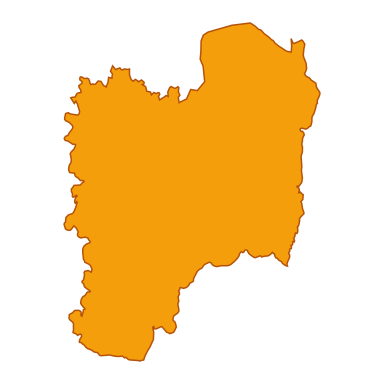 Kadiolo, Sikasso, Mali (Equal Earth projection)
{"feature_id": "8926073B46210070398927", "entity_name": "Kadiolo", "entity_type": "district", "adm_level": 2, "iso_a3": "MLI", "parent_name": "Mali", "parent_adm1": "Sikasso", "projection": "equal_earth", "projection_center": [-5.916, 10.605], "detail": "fine", "context": "isolated", "style": "filled", "palette": "amber", "viewbox_px": 384, "rotation_deg": 0, "n_neighbors": 0, "source": "geoboundaries", "source_scale": "gbopen_adm2", "svg_char_len": 5799}
<svg xmlns="http://www.w3.org/2000/svg" viewBox="0 0 384 384"><path d="M293.2,43.4L291.1,38.6L291.7,46.3L291.2,52.1L286.7,51.3L278.3,45.8L275.1,43.2L273.1,40.5L271.6,39.8L268.2,36.6L264.1,33.6L261.1,30.2L258.5,29.3L255.2,26.2L250.3,23.0L231.7,25.3L208.0,32.1L203.4,35.1L201.1,41.0L200.9,51.3L200.2,59.2L203.1,66.1L204.7,81.7L197.3,90.6L190.7,89.5L186.6,98.9L179.1,102.7L178.3,97.3L179.9,95.2L178.4,91.9L178.8,87.7L178.0,86.7L175.5,88.3L174.1,88.1L170.9,86.5L169.5,88.0L167.8,92.1L168.2,96.5L166.1,95.5L164.7,96.7L159.6,99.9L158.5,96.5L159.8,94.2L159.0,92.7L158.0,92.7L156.4,93.6L153.8,92.5L151.4,94.9L150.5,92.0L146.8,91.3L145.6,86.6L142.2,84.6L144.0,83.8L144.1,82.3L141.6,80.0L138.3,81.9L137.8,80.8L135.2,79.4L133.3,81.2L131.3,79.8L129.5,75.0L129.5,69.0L128.2,69.5L124.2,68.9L122.9,69.9L121.2,69.6L119.9,67.9L115.6,69.5L112.6,65.9L110.5,71.3L112.4,73.9L111.9,78.2L108.6,77.4L108.0,82.4L106.1,87.0L105.0,86.1L104.0,85.9L102.5,84.0L101.0,81.4L98.1,81.0L95.4,84.2L94.0,84.4L92.7,83.9L90.9,84.6L89.8,82.9L89.7,81.5L88.6,78.9L86.8,78.1L86.1,78.5L83.6,78.3L82.5,77.2L80.4,76.9L79.7,78.4L80.0,80.0L82.1,81.7L81.9,83.3L78.8,85.7L79.0,87.2L80.8,90.2L81.0,92.5L77.9,93.0L76.7,93.9L75.1,97.1L72.2,97.3L70.7,97.8L74.3,103.5L75.9,101.1L77.5,104.3L79.7,111.7L78.9,114.1L77.8,115.1L70.0,113.9L68.4,112.7L65.6,113.5L64.6,118.3L64.8,119.6L65.7,120.8L67.3,121.4L70.0,123.1L72.3,125.4L72.9,127.6L71.8,129.6L69.5,132.5L68.0,135.3L65.4,136.4L64.2,138.6L65.2,140.4L68.1,141.1L72.8,144.3L74.6,144.2L75.4,144.5L75.5,145.7L74.0,149.0L71.2,152.0L70.2,153.8L71.2,158.5L71.2,161.0L70.8,163.0L69.4,164.9L68.9,166.9L68.6,169.2L69.0,171.2L69.8,172.6L74.5,173.2L75.1,175.7L75.8,176.6L78.2,178.1L80.4,180.6L83.3,180.5L83.9,181.3L83.6,182.2L82.6,182.4L80.3,185.0L73.9,185.4L72.6,187.8L71.4,188.8L71.4,191.4L72.6,194.3L72.3,196.1L73.0,197.2L75.3,196.3L75.9,195.5L76.6,195.3L77.1,196.1L75.5,197.8L74.8,200.3L74.7,202.3L75.3,203.2L76.0,202.8L76.7,201.7L77.2,202.4L76.6,203.7L76.3,205.8L74.3,210.9L73.2,212.8L72.2,213.7L70.3,214.2L68.1,215.2L66.0,217.4L65.5,221.9L64.4,223.1L64.1,224.5L65.5,229.0L66.7,229.8L68.8,230.3L70.0,230.3L71.1,229.6L73.9,225.8L76.8,228.8L77.0,229.7L77.8,230.9L78.2,231.9L77.4,234.7L78.0,236.2L79.2,237.3L80.6,237.9L85.0,237.2L86.8,237.6L88.2,238.3L88.4,239.5L90.2,241.5L89.7,242.7L86.2,244.2L84.1,246.1L83.2,247.9L82.7,249.6L82.8,252.7L83.4,259.0L84.4,260.7L84.9,262.3L88.9,264.2L90.5,265.6L92.0,269.3L91.2,272.2L90.7,272.2L90.1,271.5L88.3,270.6L87.2,270.6L86.5,271.1L85.0,271.1L84.5,271.7L84.1,272.9L84.5,274.7L83.9,278.4L83.4,280.0L82.0,281.3L82.3,282.8L83.3,283.4L83.9,284.4L84.1,285.9L85.0,287.3L88.5,289.9L89.8,290.6L90.2,291.6L89.4,292.0L87.8,291.9L86.9,292.6L85.1,295.4L82.9,296.7L81.6,298.6L81.0,300.4L80.7,303.4L81.8,305.2L82.7,306.1L83.5,307.4L84.9,308.5L85.0,309.1L83.3,309.9L83.3,311.3L81.9,316.2L81.4,316.0L81.0,315.2L81.1,312.6L80.9,311.7L79.7,310.7L77.9,310.3L74.7,310.5L72.6,312.7L69.3,314.6L69.2,315.8L69.0,318.2L69.6,319.6L72.9,322.4L73.4,323.4L73.5,329.7L73.0,332.6L75.9,333.8L77.8,335.4L78.5,334.7L80.8,334.1L81.4,334.8L81.6,336.6L80.2,338.7L79.4,340.8L79.4,342.3L81.6,342.8L82.4,344.0L83.7,344.5L85.9,347.3L87.8,348.7L91.2,349.9L94.2,352.0L97.5,352.6L99.6,355.3L101.2,355.7L109.8,355.0L114.7,356.2L118.1,356.5L122.3,356.1L124.6,357.9L125.9,357.4L128.4,359.5L129.6,359.9L137.8,360.5L140.1,361.0L141.3,360.4L143.7,360.0L144.9,356.3L147.2,351.6L150.1,346.7L153.4,339.5L153.7,332.2L152.8,327.9L153.0,326.9L153.7,326.5L154.4,328.9L156.3,328.8L161.3,326.6L162.4,327.2L166.7,332.3L168.4,332.7L169.8,333.7L173.5,332.4L174.4,331.0L176.3,327.1L175.8,324.5L175.0,322.1L173.1,320.2L173.0,318.0L173.8,315.9L177.7,313.0L178.7,311.6L178.9,310.1L177.8,303.8L178.8,301.3L178.1,296.7L179.0,295.0L179.5,293.4L178.7,290.6L179.6,289.6L180.2,287.5L183.7,288.3L185.7,287.7L187.5,286.7L189.2,284.7L189.5,283.4L192.4,281.9L193.4,281.1L193.5,279.1L194.6,276.5L197.3,271.4L199.1,269.6L201.8,268.2L203.7,265.3L205.0,264.3L209.2,262.2L210.8,262.7L212.5,264.8L214.3,266.0L216.6,266.6L221.4,265.7L227.4,265.7L229.3,265.2L231.0,264.3L234.5,261.4L237.8,257.8L239.0,255.8L239.5,253.9L240.5,252.4L241.5,251.7L242.8,252.6L243.7,252.3L244.6,250.4L245.4,249.9L247.1,250.3L248.9,253.6L250.8,255.2L253.7,257.2L255.4,257.7L259.8,255.9L260.7,255.9L261.6,257.0L264.4,256.2L267.5,256.0L269.3,255.3L270.6,254.3L272.4,252.3L273.4,253.6L274.3,253.7L275.1,256.7L276.1,258.0L277.1,258.1L278.5,259.9L281.6,261.8L282.5,263.4L284.3,264.7L285.4,265.5L287.4,266.1L286.9,264.5L287.3,262.5L289.5,257.5L289.7,255.8L289.5,254.6L288.7,253.6L288.7,252.6L289.8,251.2L289.6,249.5L290.0,248.9L291.3,248.6L291.5,247.3L291.0,246.2L291.1,245.4L292.1,245.2L292.7,244.0L292.7,241.6L293.5,241.5L294.1,242.0L294.6,240.8L293.7,238.4L294.4,237.6L294.5,236.5L295.1,235.8L295.0,233.6L295.8,232.9L296.9,233.5L297.7,232.0L297.7,228.1L297.3,227.1L298.4,225.9L299.1,223.7L299.6,220.7L299.5,218.9L300.4,217.3L303.9,213.7L303.9,212.6L302.6,208.9L301.7,203.5L301.0,201.5L302.8,199.5L303.2,194.7L302.0,193.9L300.4,192.1L299.4,192.7L298.7,192.7L299.4,190.7L298.9,188.2L297.0,186.9L297.0,186.3L297.7,186.0L298.4,186.6L299.3,185.8L301.7,182.5L302.4,178.1L301.4,170.4L301.8,166.6L301.1,156.1L302.4,152.0L302.5,147.0L301.8,144.8L301.9,142.9L302.5,141.0L302.4,139.2L303.1,137.1L304.2,135.0L303.8,133.1L303.1,132.1L302.4,131.3L301.4,131.4L300.4,130.6L300.2,128.8L301.4,128.1L305.9,129.1L307.3,128.5L309.5,126.5L310.6,126.1L311.2,124.5L311.9,121.5L311.9,118.2L312.3,116.3L313.8,113.8L314.4,112.3L316.0,106.8L316.1,105.2L316.6,104.1L317.4,103.5L317.2,100.7L319.2,96.2L319.9,94.0L319.8,92.4L316.9,87.9L316.2,86.2L316.1,84.2L315.7,83.1L311.1,80.0L309.1,77.6L307.3,77.0L305.8,75.9L304.5,73.9L305.8,71.1L306.6,68.8L306.1,63.4L303.5,56.6L303.3,54.8L303.8,49.4L304.8,44.1L302.7,40.8L301.6,40.0L297.9,41.9L294.2,43.4L293.2,43.4Z" fill="#f59e0b" stroke="#b45309" stroke-width="1.5"/></svg>